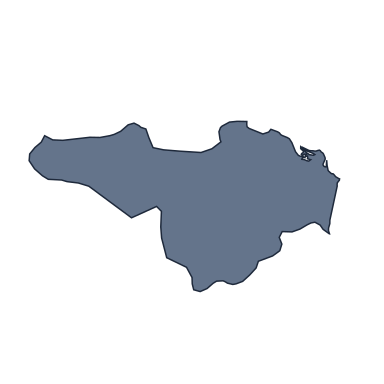 outline of Adana, rotated 251°
{"feature_id": "TUR-3018", "entity_name": "Adana", "entity_type": "Province", "adm_level": 1, "iso_a3": "TUR", "parent_name": "Turkey", "parent_adm1": "", "projection": "mercator", "projection_center": [35.602, 37.508], "detail": "fine", "context": "isolated", "style": "filled", "palette": "slate", "viewbox_px": 384, "rotation_deg": 251, "n_neighbors": 0, "source": "natural_earth", "source_scale": "10m", "svg_char_len": 2172}
<svg xmlns="http://www.w3.org/2000/svg" viewBox="0 0 384 384"><g transform="rotate(251 192 192)"><path d="M225.6,287.0L221.0,292.6L219.4,293.9L217.5,294.5L216.3,295.4L212.4,299.9L210.6,301.4L206.1,302.5L196.3,303.0L192.0,304.5L190.7,305.9L189.3,308.6L188.0,309.5L188.4,308.5L188.5,307.8L188.1,307.2L187.2,306.5L186.0,308.8L184.3,310.6L183.2,312.4L183.9,314.7L185.7,312.2L188.4,313.0L188.7,310.6L189.4,310.9L189.8,311.3L190.1,311.8L190.4,312.6L190.9,311.5L191.2,310.5L191.0,309.5L190.4,308.5L192.1,307.6L192.7,308.4L193.1,309.9L194.0,310.6L195.3,310.2L196.5,309.4L197.7,308.9L199.3,309.5L192.3,312.8L189.0,315.3L187.2,318.7L187.4,320.3L189.0,319.2L194.3,313.0L195.8,312.0L197.7,311.6L193.2,316.1L192.5,317.4L191.5,320.0L190.8,321.2L190.3,322.6L190.3,324.5L190.1,326.1L189.2,326.8L188.0,327.1L186.2,328.4L185.1,328.7L181.3,329.0L179.8,328.7L176.1,325.3L175.0,324.7L173.4,325.1L172.4,326.1L172.1,327.4L173.2,327.6L174.2,328.0L178.2,329.7L173.2,328.4L168.1,327.7L167.2,328.0L164.3,329.6L163.7,330.2L163.3,331.3L162.2,331.9L159.7,332.8L156.6,335.4L156.4,335.8L155.2,335.2L153.4,332.4L152.0,331.7L150.3,331.2L120.5,313.2L117.2,312.0L113.5,309.4L111.1,308.5L109.3,308.4L107.7,308.4L107.8,308.2L114.0,303.8L119.0,302.4L123.4,298.4L124.0,294.4L123.5,290.3L121.8,282.0L121.7,273.6L125.2,264.4L120.7,259.7L113.5,260.0L107.9,255.9L105.3,247.4L104.9,232.2L99.3,227.9L94.8,219.6L91.0,210.8L90.8,203.8L91.3,200.5L94.3,195.8L96.2,194.3L97.9,192.5L99.7,186.2L98.8,182.2L95.8,174.8L95.2,167.3L99.0,161.8L105.0,162.3L111.1,164.2L122.6,162.3L138.1,146.7L158.4,148.3L169.1,151.1L183.7,156.8L189.9,153.8L187.3,126.4L231.1,96.3L237.5,87.5L242.5,77.2L245.8,72.6L250.8,60.2L256.0,55.9L265.1,50.7L274.6,48.2L280.8,50.9L285.2,58.0L288.2,65.7L293.2,71.0L286.6,77.3L282.9,86.7L277.0,113.2L273.5,122.8L272.0,132.7L271.8,137.2L272.6,144.3L276.3,153.5L276.0,159.6L272.1,163.4L269.8,164.7L266.6,168.9L257.5,168.9L246.6,169.6L241.1,178.9L234.4,194.2L226.4,213.4L226.4,224.9L230.0,235.7L232.5,235.6L240.2,237.1L243.6,239.9L244.5,241.8L245.9,250.2L244.1,257.8L240.8,266.8L238.2,265.8L235.7,265.3L233.5,266.7L223.8,277.9L223.7,284.0L225.6,287.0Z" fill="#64748b" stroke="#1e293b" stroke-width="1.5"/></g></svg>